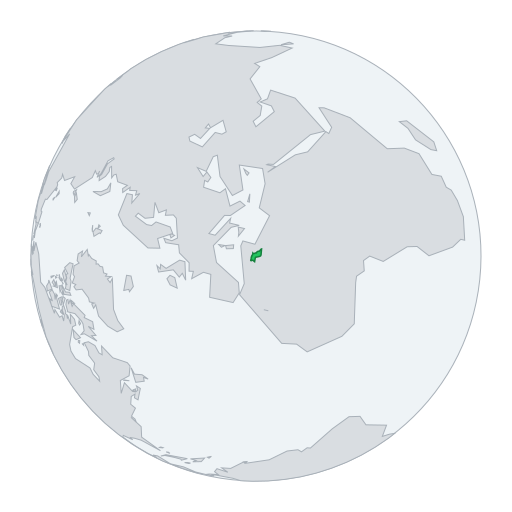 El Oued highlighted on a globe, orthographic projection, rotated 276°
{"feature_id": "DZA-2191", "entity_name": "El Oued", "entity_type": "Province", "adm_level": 1, "iso_a3": "DZA", "parent_name": "Algeria", "parent_adm1": "", "projection": "orthographic", "projection_center": [6.786, 33.25], "detail": "fine", "context": "on_globe", "style": "filled", "palette": "green", "viewbox_px": 512, "rotation_deg": 276, "n_neighbors": 0, "source": "natural_earth", "source_scale": "10m", "svg_char_len": 10759}
<svg xmlns="http://www.w3.org/2000/svg" viewBox="0 0 512 512"><g transform="rotate(276 256 256)"><circle cx="256" cy="256" r="225" fill="#eef3f6" stroke="#a8b0b8"/><path d="M136.9,64.8L143.5,61.0L137.4,64.7L142.2,62.1L150.0,57.7L154.0,55.5L180.9,45.4L207.8,37.4L213.7,35.3L214.4,36.0L223.9,33.0L224.6,32.9L229.7,32.3L223.7,33.1L223.6,33.4L233.2,32.1L235.1,32.2L240.8,31.8L242.3,32.2L234.5,33.7L235.3,34.2L242.1,33.3L247.7,33.6L237.8,34.7L246.7,35.6L235.4,39.7L207.5,44.6L202.7,49.3L177.9,61.5L181.7,61.6L174.6,67.1L176.3,69.4L171.2,71.5L177.0,71.6L181.3,69.2L185.3,68.6L186.7,69.9L180.5,72.7L178.8,72.5L177.7,74.0L174.0,75.0L176.7,75.2L168.9,78.9L178.6,77.4L174.1,82.1L168.4,84.0L166.5,81.0L148.5,79.9L142.1,81.9L135.1,87.2L127.3,102.6L121.3,106.4L115.1,113.6L119.5,112.4L125.9,106.5L132.6,106.7L139.7,100.1L143.5,99.4L151.8,94.3L153.2,98.3L150.1,105.2L143.2,109.9L141.7,113.3L150.3,111.8L139.8,124.2L136.5,139.1L133.4,142.3L123.6,142.3L118.0,134.1L105.3,136.3L116.2,138.4L108.4,147.4L108.3,150.6L110.3,152.5L114.3,150.7L112.2,154.8L100.6,153.7L102.3,149.9L106.0,150.1L103.3,146.6L95.4,146.9L92.1,152.0L83.7,148.9L81.2,152.7L78.0,154.5L82.5,148.5L74.3,159.6L63.9,161.2L52.4,181.3L60.8,161.1L62.0,154.7L62.4,149.5L60.4,152.6L63.7,142.8L62.0,142.5L54.6,155.2L48.0,169.5L45.0,178.4L47.3,174.3L46.9,179.1L40.4,192.6L38.7,206.0L34.9,218.5L33.5,228.7L34.3,232.3L34.7,241.3L37.2,237.3L40.4,239.4L38.0,250.6L41.7,244.0L42.1,253.0L49.8,265.1L48.6,266.7L54.7,290.4L65.3,307.3L67.7,318.0L66.0,321.7L70.6,326.9L70.7,330.2L92.1,349.9L105.9,365.3L107.4,376.2L99.6,383.0L101.4,403.5L89.8,400.5L92.8,407.5L94.1,412.5L88.8,407.0L78.4,394.6L68.9,381.5L60.4,367.8L52.9,353.4L46.4,338.6L41.0,323.4L36.8,307.8L33.6,291.9L31.6,275.9L31.4,272.1L30.9,264.4L32.5,256.4L33.9,239.5L33.9,234.5L32.7,237.3L34.3,218.3L37.4,203.7L42.3,184.6L48.4,168.4L55.8,152.7L64.3,137.7L73.9,123.3L84.6,109.8L96.4,97.0L109.0,85.3L122.6,74.5L136.9,64.8ZM49.0,187.2L47.3,208.9L45.1,203.1L46.1,202.6L47.2,195.7L48.1,186.3L47.1,182.2L49.0,187.2ZM55.4,182.1L55.4,179.2L55.9,181.2L55.4,182.1ZM155.5,54.7L150.0,57.7L142.2,62.0L146.5,59.3L155.5,54.7ZM170.6,48.0L168.6,49.1L163.5,50.9L166.3,49.7L170.6,48.0ZM217.5,34.2L212.6,35.2L216.7,34.3L217.5,34.2ZM241.4,31.7L242.1,31.5L244.8,31.4L241.4,31.7ZM150.4,92.5L151.0,93.4L149.2,93.9L150.4,92.5ZM153.4,89.6L150.8,89.6L151.8,88.2L153.4,88.2L153.4,89.6ZM249.4,32.2L253.4,32.4L248.0,32.4L249.4,32.2ZM156.4,90.0L154.0,85.8L155.9,83.5L163.5,81.9L156.4,90.0ZM254.9,32.8L264.7,33.9L267.3,33.4L265.6,36.1L257.8,33.9L250.7,33.7L254.9,33.3L254.9,32.8ZM182.1,67.9L177.5,70.5L180.0,67.2L182.1,67.9ZM182.7,66.1L184.7,58.0L192.1,55.3L189.9,58.3L198.5,54.2L201.1,56.8L197.0,59.6L191.7,60.8L196.8,60.9L182.7,66.1ZM263.0,37.7L264.3,38.5L261.5,38.0L263.0,37.7ZM187.1,68.1L186.8,66.5L193.2,64.0L194.9,66.7L192.3,66.6L187.1,68.1ZM199.4,52.1L204.5,50.9L208.0,52.5L210.5,52.4L201.8,56.6L199.4,52.1ZM191.6,67.9L195.6,68.2L193.9,70.7L187.8,69.5L191.6,67.9ZM194.2,62.3L197.3,61.2L196.1,62.6L194.2,62.3ZM190.0,80.4L189.5,78.2L192.8,76.6L190.0,80.4ZM197.2,68.1L197.8,67.3L199.1,66.5L201.3,67.3L197.2,68.1ZM204.9,57.7L205.3,58.8L208.6,56.0L211.4,57.4L205.1,60.1L209.0,59.6L209.9,60.1L203.8,61.8L204.9,57.7ZM207.3,65.9L200.3,70.3L200.4,74.5L197.5,76.0L197.8,69.0L207.3,65.9ZM205.8,63.3L206.1,65.2L202.3,65.8L199.7,64.9L205.8,63.3ZM215.6,57.6L212.9,54.6L214.4,54.2L215.6,57.6ZM208.1,66.9L209.8,65.9L208.6,67.1L208.1,66.9ZM214.1,60.2L213.0,59.1L214.7,58.7L214.1,60.2ZM214.1,64.8L211.8,66.1L210.0,65.5L214.1,64.8ZM214.7,62.6L217.3,62.2L210.7,64.5L213.9,62.2L214.7,62.6ZM215.9,59.9L216.5,59.3L216.1,60.4L215.9,59.9ZM222.2,66.8L214.4,69.8L210.4,68.2L218.6,65.4L222.2,66.8ZM324.6,41.4L319.3,40.3L295.4,36.1L305.7,37.7L305.2,38.2L310.0,39.4L317.1,40.8L316.8,40.4L337.4,49.2L358.0,57.9L352.2,53.8L354.2,54.0L372.7,63.3L404.8,87.0L406.1,88.0L412.0,93.5L412.6,94.2L408.6,90.5L415.8,98.2L410.4,93.3L418.7,102.2L421.7,104.5L417.3,99.1L426.8,109.6L429.1,111.8L439.9,125.8L449.5,140.7L458.0,156.3L459.5,159.4L461.3,163.2L460.9,163.0L465.4,174.0L468.3,180.5L475.6,205.8L474.8,205.4L478.2,220.6L478.8,222.9L479.8,230.1L479.5,227.7L479.1,227.1L476.7,214.4L471.5,200.4L472.3,209.3L469.8,202.2L462.8,193.8L462.5,206.5L463.8,238.1L468.0,257.5L466.6,270.2L455.0,251.0L447.4,234.5L444.7,240.0L431.5,231.6L412.8,244.8L408.9,241.1L405.7,246.1L396.2,245.5L389.7,239.1L384.5,242.4L401.5,259.1L406.9,255.6L409.6,244.0L413.5,251.0L422.5,253.2L417.1,278.4L387.4,311.4L382.4,297.5L348.9,263.8L348.7,258.5L348.5,258.0L347.9,257.1L347.0,265.9L340.5,258.8L360.7,284.5L365.0,296.5L387.0,312.5L385.4,315.6L391.9,317.8L410.0,303.2L410.5,308.2L403.3,335.2L376.4,375.3L378.8,392.2L374.8,407.4L355.5,422.4L354.7,431.9L344.3,438.0L341.9,443.3L332.2,450.5L316.8,458.1L293.5,461.9L294.0,457.9L285.4,450.6L274.3,428.0L282.3,415.2L281.0,405.4L263.9,383.1L267.8,369.1L262.7,363.4L252.5,365.2L246.4,358.1L240.0,357.9L198.8,360.8L185.1,349.8L166.0,316.9L172.6,305.6L171.8,290.7L215.8,243.7L227.3,247.2L264.5,239.8L269.6,241.4L267.6,253.7L297.5,265.3L304.2,254.2L328.8,257.5L343.7,253.4L344.7,229.9L320.3,236.1L313.7,226.2L331.3,211.9L352.2,207.0L350.3,203.1L335.0,197.6L337.8,188.5L329.5,195.1L334.4,198.4L329.4,202.9L324.6,200.3L325.8,197.0L318.9,196.7L315.1,213.5L319.7,218.6L302.9,224.9L308.9,234.3L305.1,239.9L293.6,226.3L293.1,220.5L273.4,206.8L272.4,213.2L290.9,226.9L286.0,226.3L284.7,236.1L281.9,228.3L261.9,212.5L245.4,217.4L227.9,241.3L217.6,243.2L207.3,238.1L210.1,214.2L233.0,213.0L234.3,205.4L226.7,194.4L234.2,195.3L233.9,191.0L242.3,190.2L251.1,179.5L259.1,177.9L259.8,164.8L264.0,162.5L262.4,170.7L265.6,176.0L285.2,172.8L288.2,169.6L287.0,161.6L292.5,162.1L288.9,154.8L298.8,149.9L283.7,150.1L281.9,141.7L286.3,134.4L283.0,131.9L275.8,144.0L275.4,149.0L279.4,153.0L275.9,167.6L269.7,170.8L263.1,156.3L253.7,159.6L252.7,147.7L272.7,120.8L282.5,114.8L304.6,121.1L304.0,126.7L295.7,126.9L306.0,133.9L303.9,129.8L308.5,130.6L308.0,123.5L311.2,123.7L305.2,116.8L309.1,116.3L312.8,120.7L315.4,110.7L322.7,108.4L321.7,106.1L318.6,104.3L330.0,103.0L328.8,101.4L324.6,101.2L319.4,98.0L314.6,92.1L318.8,91.9L321.1,94.0L332.2,98.7L337.7,104.8L338.9,104.2L335.2,98.9L321.6,93.2L317.6,89.7L324.2,91.6L321.5,90.6L320.8,88.9L324.1,87.3L316.9,85.0L303.6,68.5L308.6,64.3L315.9,67.4L311.1,57.7L317.1,55.1L313.2,54.6L308.2,50.6L306.3,51.3L304.0,50.8L290.4,42.2L290.5,40.6L280.2,37.6L278.2,37.6L277.6,38.5L265.6,36.1L267.3,33.4L271.7,33.5L269.8,32.3L280.3,33.1L288.0,33.6L300.6,36.1L305.7,36.8L304.3,36.3L310.1,37.3L314.7,38.5L324.6,41.4ZM203.4,269.4L202.8,274.0L203.4,269.4ZM376.4,213.4L387.5,209.0L378.8,197.4L382.3,195.0L378.1,192.2L378.1,196.7L367.1,188.5L370.6,182.3L367.3,176.9L363.4,178.2L358.9,191.2L374.6,202.5L373.6,209.4L376.4,213.4ZM50.1,265.4L50.8,269.0L49.3,267.1L50.1,265.4ZM43.1,206.6L43.5,209.4L43.2,212.5L42.6,211.0L43.1,206.6ZM50.8,228.7L52.1,232.6L50.0,230.4L50.8,228.7ZM47.4,212.0L49.7,226.0L45.8,223.1L44.7,214.6L46.4,217.8L47.4,212.0ZM51.8,187.1L51.7,189.5L50.7,191.0L51.8,187.1ZM55.7,183.6L55.5,183.2L56.2,180.8L55.7,183.6ZM109.2,147.4L110.0,147.7L111.3,150.3L109.2,150.4L109.2,147.4ZM126.0,155.1L122.3,161.6L123.5,156.8L119.8,157.9L117.8,149.6L131.8,143.5L125.8,147.5L126.0,155.1ZM119.0,137.7L118.7,143.1L118.5,137.5L119.0,137.7ZM224.1,169.8L227.8,172.5L226.0,177.5L215.8,181.0L218.3,173.6L224.1,169.8ZM233.6,175.2L229.9,160.8L236.1,158.5L233.2,162.1L237.7,162.0L234.3,167.9L243.9,180.5L242.9,185.9L224.6,188.6L231.1,184.5L227.0,181.9L233.6,175.2ZM209.5,133.0L207.9,128.1L223.3,129.3L223.0,133.8L212.8,137.2L207.2,133.9L209.5,133.0ZM170.4,88.6L168.9,87.7L170.6,86.7L173.3,86.8L170.4,88.6ZM189.5,79.5L179.1,92.2L176.8,91.6L173.6,100.4L166.1,102.5L168.5,96.6L160.3,105.1L159.5,100.7L154.7,106.8L160.7,93.4L159.6,90.2L163.6,92.9L170.5,91.0L173.1,89.2L179.8,81.9L180.8,74.6L187.8,72.0L192.4,72.2L193.2,73.5L188.5,74.6L193.0,75.7L186.7,78.4L189.5,79.5ZM242.8,83.0L236.9,82.4L244.9,87.5L238.7,89.2L240.0,89.7L236.4,92.8L234.4,97.6L231.2,97.8L231.7,99.7L229.4,102.0L229.1,104.6L223.3,106.2L222.5,109.7L220.2,108.4L220.4,114.2L217.6,110.6L214.3,113.7L218.7,115.5L188.0,119.9L177.3,125.3L169.8,132.1L166.1,125.9L170.7,115.9L179.8,105.7L190.7,101.7L187.0,100.0L191.2,97.6L192.3,100.0L193.0,95.1L196.7,93.9L204.8,86.5L203.5,80.7L206.4,78.1L208.8,79.8L210.0,76.1L216.5,77.7L218.7,76.0L227.2,76.1L230.5,80.8L232.7,78.6L239.4,78.9L242.8,83.0ZM224.6,66.9L229.9,71.5L229.1,74.9L214.5,73.4L211.6,74.7L202.2,74.4L203.6,69.7L206.2,70.1L209.0,69.5L207.4,71.2L210.7,69.4L214.4,70.1L217.9,69.0L218.7,70.7L224.6,66.9ZM273.9,236.4L277.5,236.5L282.9,235.3L282.1,241.7L273.9,236.4ZM260.1,225.8L263.2,224.7L264.8,232.6L261.0,232.7L260.1,225.8ZM263.5,217.7L263.2,224.1L261.1,220.7L263.5,217.7ZM265.1,169.5L268.2,168.2L269.1,169.9L268.0,172.9L265.1,169.5ZM265.2,100.3L262.0,98.9L262.6,97.9L258.6,92.8L262.9,91.4L267.0,94.0L265.2,100.3ZM341.3,234.9L337.9,240.4L335.3,238.9L337.0,237.3L341.3,234.9ZM309.2,242.0L317.2,243.4L308.9,243.8L309.2,242.0ZM269.3,98.0L267.1,95.9L270.6,96.5L269.3,98.0ZM265.8,90.2L269.7,90.4L263.0,90.7L265.8,90.2ZM406.2,391.7L388.1,420.9L379.6,424.7L380.1,418.8L388.2,402.5L398.8,393.8L404.6,384.5L406.2,391.7ZM481.1,247.4L480.2,241.2L480.3,237.3L480.6,238.1L481.1,247.4ZM468.7,258.7L472.1,266.8L470.9,271.2L468.7,258.7ZM464.3,170.1L465.1,172.1L464.0,169.6L461.5,163.8L464.3,170.1ZM303.1,87.1L303.8,95.3L307.2,101.2L313.6,104.0L304.9,103.9L299.7,94.9L303.1,87.1ZM303.1,70.6L297.5,68.7L299.6,67.6L301.2,67.9L303.1,70.6ZM299.9,70.8L293.6,72.3L290.3,70.1L295.9,69.3L299.9,70.8ZM281.6,84.3L281.5,86.7L278.7,86.0L281.6,84.3ZM364.0,58.3L351.4,52.8L347.4,51.2L355.2,53.7L357.3,54.8L361.4,56.9L361.7,57.0L364.0,58.3ZM266.2,38.1L264.4,38.4L264.7,37.8L266.2,38.1ZM303.1,51.3L300.1,50.6L300.5,49.6L303.1,51.3ZM292.0,48.3L293.6,49.9L290.1,48.2L292.0,48.3ZM297.4,53.7L293.4,50.6L299.8,53.5L297.4,53.7Z" fill="#d9dde1" stroke="#a8b0b8" stroke-width="1"/><path d="M259.0,255.4L259.0,255.9L259.1,256.1L259.3,256.2L259.5,256.2L259.9,256.5L260.0,256.5L260.3,256.6L260.6,257.1L260.9,257.6L261.0,257.7L261.0,258.3L261.1,258.7L261.1,258.8L261.6,259.2L262.2,259.5L262.9,260.0L263.4,260.4L263.5,260.5L263.6,260.8L257.8,260.9L257.3,260.8L256.8,260.7L256.5,260.4L256.2,260.0L255.8,259.2L255.7,258.9L254.9,256.4L254.7,255.7L254.1,255.5L250.2,255.2L250.5,254.7L250.9,254.2L251.0,253.9L251.2,253.7L251.3,253.6L251.4,252.8L251.4,252.6L251.4,252.4L251.3,252.2L251.2,252.0L251.1,251.9L250.8,251.7L250.9,251.4L251.0,251.4L251.2,251.2L251.4,251.2L251.8,251.3L253.4,251.5L254.1,251.4L254.7,251.5L254.8,251.6L255.0,251.7L255.0,251.8L255.3,251.8L255.5,251.7L255.8,251.8L256.6,252.3L256.8,252.3L257.1,252.4L257.4,252.5L257.6,252.6L257.8,252.6L258.4,252.6L258.5,252.6L258.4,252.7L258.3,252.8L258.3,253.1L258.3,253.5L258.3,253.8L258.4,254.1L258.5,254.3L258.7,254.7L259.0,255.2L259.0,255.3L259.0,255.4Z" fill="#22c55e" stroke="#15803d" stroke-width="1.5"/></g></svg>